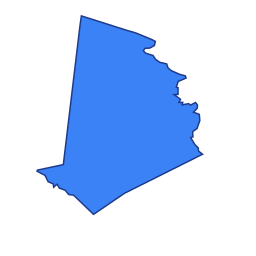 Polk, Texas, United States of America, rotated 198°
{"feature_id": "52423323B71522839301040", "entity_name": "Polk", "entity_type": "district", "adm_level": 2, "iso_a3": "USA", "parent_name": "United States of America", "parent_adm1": "Texas", "projection": "robinson", "projection_center": [-94.922, 30.818], "detail": "fine", "context": "isolated", "style": "filled", "palette": "blue", "viewbox_px": 256, "rotation_deg": 198, "n_neighbors": 0, "source": "geoboundaries", "source_scale": "gbopen_adm2", "svg_char_len": 848}
<svg xmlns="http://www.w3.org/2000/svg" viewBox="0 0 256 256"><g transform="rotate(198 128 128)"><path d="M49.0,126.1L53.7,127.8L55.2,130.9L59.3,132.9L65.4,138.2L63.5,139.7L65.4,144.5L62.2,148.8L62.0,157.3L64.4,163.0L70.6,163.3L68.3,168.1L69.0,171.3L71.7,173.1L75.6,169.1L77.8,169.9L83.7,166.8L83.9,169.3L87.5,168.1L86.9,171.5L94.5,174.0L90.8,175.4L92.9,181.8L94.6,181.6L94.7,187.7L88.2,193.5L89.6,195.3L95.9,195.0L104.9,196.0L108.6,197.6L111.0,200.9L118.1,200.3L123.1,201.8L126.5,204.7L134.2,204.6L137.3,206.1L136.5,209.0L131.9,210.8L128.4,214.6L128.7,218.8L132.6,219.5L149.9,220.8L160.5,220.5L207.0,220.2L205.2,210.0L178.2,73.2L201.1,60.0L201.2,58.8L192.3,57.3L187.4,52.3L181.8,51.7L180.4,48.7L178.2,52.6L174.6,49.6L168.6,49.4L163.8,46.4L159.0,47.3L134.1,35.2L111.2,64.8L49.0,126.1Z" fill="#3b82f6" stroke="#1e3a8a" stroke-width="1.5"/></g></svg>